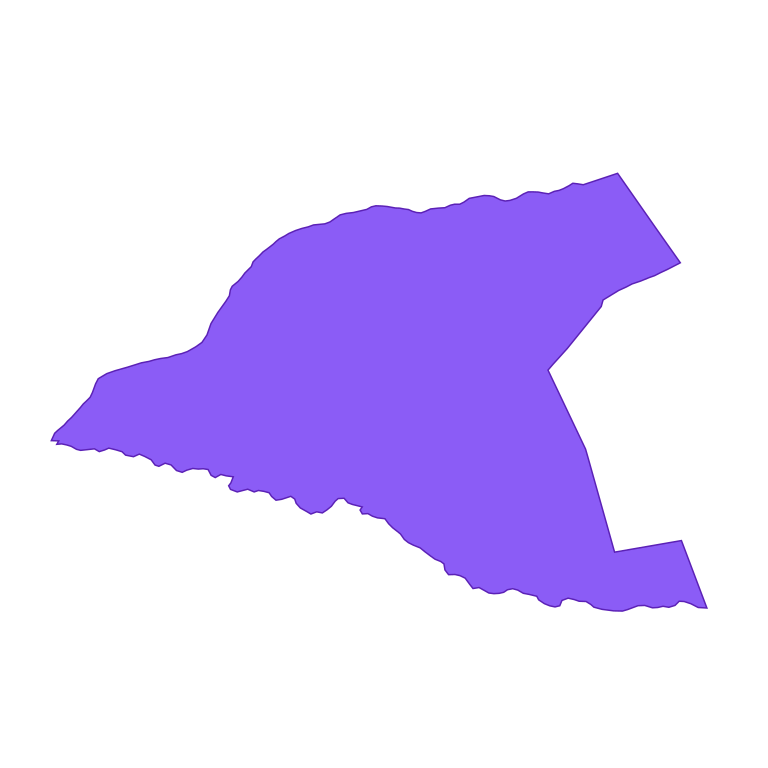 the district of Governador Nunes Freire, Maranhão, Brazil, rotated 272°
{"feature_id": "56859067B42446193818241", "entity_name": "Governador Nunes Freire", "entity_type": "district", "adm_level": 2, "iso_a3": "BRA", "parent_name": "Brazil", "parent_adm1": "Maranhão", "projection": "natural_earth1", "projection_center": [-45.838, -2.038], "detail": "fine", "context": "isolated", "style": "filled", "palette": "violet", "viewbox_px": 768, "rotation_deg": 272, "n_neighbors": 0, "source": "geoboundaries", "source_scale": "gbopen_adm2", "svg_char_len": 3195}
<svg xmlns="http://www.w3.org/2000/svg" viewBox="0 0 768 768"><g transform="rotate(272 384 384)"><path d="M315.8,53.5L315.8,60.9L312.3,59.1L312.9,64.0L312.0,69.1L310.8,73.6L308.0,78.9L307.1,83.1L307.9,88.7L309.1,96.9L306.5,101.8L308.3,107.0L310.3,111.2L308.9,118.1L307.2,124.6L303.9,128.2L302.6,136.2L305.4,141.9L303.2,147.5L300.1,154.0L295.0,158.0L293.9,161.9L297.2,168.0L295.7,174.0L290.3,179.6L288.7,185.4L291.0,189.9L292.9,195.8L292.5,201.4L293.0,206.3L292.4,211.2L286.7,214.4L284.6,218.6L287.9,224.1L286.7,229.5L286.0,236.6L279.8,234.4L276.9,232.3L273.3,234.3L271.0,241.1L274.1,251.5L271.6,258.0L273.2,262.2L272.5,267.8L271.3,273.0L267.7,275.6L264.1,280.1L265.2,285.8L268.5,294.8L265.9,298.8L261.7,300.4L257.2,304.7L253.8,311.3L251.5,315.5L253.9,321.2L253.0,326.9L256.3,331.5L260.0,335.7L265.2,339.3L267.9,342.2L268.4,348.1L264.0,352.2L262.5,356.7L261.5,361.4L260.4,366.5L257.2,364.5L253.4,366.9L253.9,372.5L251.5,377.0L250.0,382.1L249.4,389.6L244.4,393.6L240.6,397.7L237.7,401.7L234.7,405.7L229.4,409.7L226.3,413.9L223.9,419.1L221.5,425.8L217.5,431.1L213.4,437.0L210.7,441.1L208.6,446.9L206.3,450.2L200.3,451.4L195.7,455.2L196.1,461.6L195.1,466.7L192.8,471.9L186.6,476.8L182.7,480.1L183.9,486.1L181.1,491.6L178.8,496.0L178.3,501.1L178.8,506.4L180.0,510.9L182.7,514.6L183.9,519.8L182.7,524.9L179.7,530.5L178.8,536.4L177.2,544.1L173.7,546.1L170.1,551.9L168.1,557.4L167.2,562.7L168.5,567.4L173.9,569.4L176.4,575.5L175.2,581.7L173.7,586.6L173.7,593.5L170.9,598.4L168.3,601.5L166.4,609.8L165.8,616.2L165.3,621.4L165.4,630.3L167.1,635.4L171.3,645.6L171.8,652.3L169.7,660.1L170.2,665.4L171.6,670.6L170.8,676.5L172.9,682.6L177.2,686.6L177.1,691.6L175.1,698.4L171.6,705.8L171.4,714.5L237.9,686.7L224.0,620.3L317.7,590.4L326.0,587.7L403.6,547.4L409.6,552.2L412.9,555.0L426.0,566.0L469.0,598.4L475.6,600.0L485.7,615.3L489.5,622.9L492.7,628.5L495.8,636.8L499.7,645.5L501.7,650.6L504.9,656.4L508.8,664.0L515.5,675.9L547.1,651.9L602.7,610.1L590.1,576.2L590.8,570.6L591.2,565.7L588.7,562.1L585.4,556.3L583.6,552.2L582.5,547.5L579.8,541.9L580.5,536.0L581.2,531.4L581.2,525.8L581.0,521.3L578.8,516.7L574.2,509.8L571.9,503.5L571.1,498.7L572.1,493.9L575.2,487.2L575.8,482.8L575.9,477.5L574.4,471.0L572.5,462.7L568.6,457.6L566.3,453.4L566.1,448.1L565.0,444.1L562.3,438.7L561.7,432.4L560.6,424.5L558.0,419.3L556.3,415.1L556.5,410.6L557.6,406.2L559.2,402.4L559.6,398.1L560.3,393.5L560.3,389.3L561.5,381.0L561.8,375.8L561.8,369.6L560.6,365.2L557.9,360.7L554.3,347.4L553.2,340.2L551.5,334.3L547.3,328.6L544.0,324.2L542.0,319.3L540.5,308.0L538.4,302.8L536.6,296.5L534.3,290.3L531.1,283.6L528.5,279.7L525.5,274.4L522.6,271.1L519.9,268.5L514.4,261.9L511.8,258.5L507.8,254.9L504.3,251.4L501.5,248.9L496.7,247.3L490.1,241.1L485.8,238.2L481.4,234.6L476.4,228.9L472.8,227.2L466.8,226.4L461.2,223.1L449.8,215.5L438.4,209.0L426.9,205.4L419.2,200.6L414.4,194.3L409.5,186.3L407.3,180.7L405.9,175.0L402.9,167.1L401.7,159.9L400.2,153.8L398.4,148.4L396.7,140.8L394.5,134.6L391.9,127.2L387.9,114.8L384.7,106.6L379.4,98.3L374.2,95.8L365.3,92.9L360.5,90.8L356.5,87.1L353.6,84.2L349.9,81.4L339.8,73.0L335.9,69.1L331.8,65.8L326.2,59.5L323.3,56.6L319.9,55.2L315.8,53.5Z" fill="#8b5cf6" stroke="#5b21b6" stroke-width="1.5"/></g></svg>